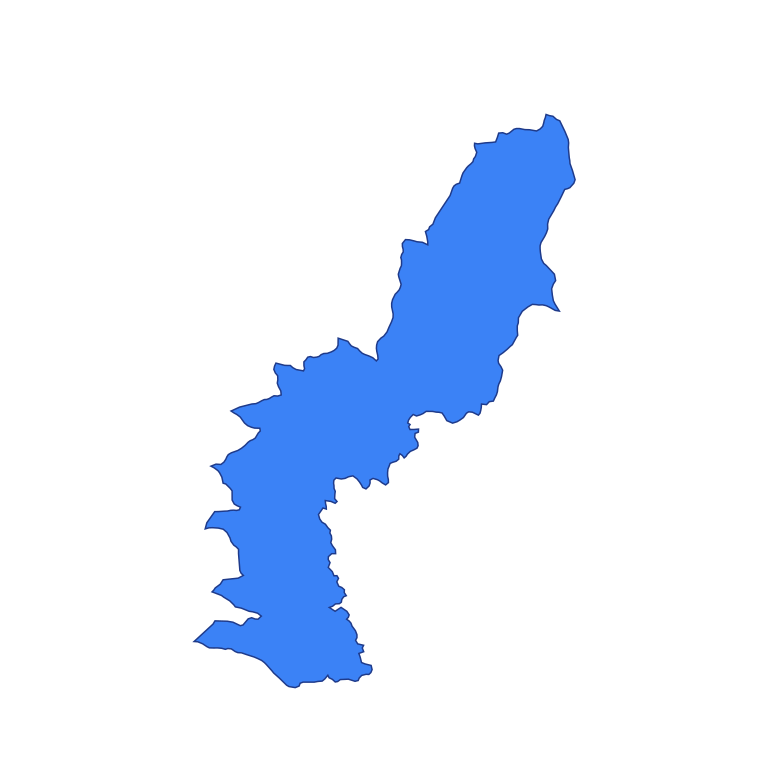 outline of Santo Afonso, Mato Grosso, Brazil, rotated 296°
{"feature_id": "56859067B75409750219852", "entity_name": "Santo Afonso", "entity_type": "district", "adm_level": 2, "iso_a3": "BRA", "parent_name": "Brazil", "parent_adm1": "Mato Grosso", "projection": "natural_earth1", "projection_center": [-57.378, -14.443], "detail": "fine", "context": "isolated", "style": "filled", "palette": "blue", "viewbox_px": 768, "rotation_deg": 296, "n_neighbors": 0, "source": "geoboundaries", "source_scale": "gbopen_adm2", "svg_char_len": 6130}
<svg xmlns="http://www.w3.org/2000/svg" viewBox="0 0 768 768"><g transform="rotate(296 384 384)"><path d="M659.8,377.1L655.3,377.8L650.5,378.2L648.5,375.2L645.0,369.1L640.9,363.0L640.1,359.9L637.7,360.9L635.5,362.7L632.9,365.8L628.6,366.4L625.6,365.9L622.9,366.5L619.8,365.5L616.9,364.2L614.6,363.5L608.5,362.5L605.6,362.7L597.7,363.9L595.2,361.4L592.7,360.1L590.0,359.9L582.4,360.8L556.0,357.3L549.1,357.9L545.3,356.1L542.4,356.4L539.2,354.4L535.5,357.7L530.8,361.1L528.3,362.3L528.2,356.4L526.3,351.3L525.8,348.4L524.8,343.8L523.2,340.0L518.3,338.9L515.6,340.3L513.4,342.2L511.1,343.4L508.2,343.1L505.0,343.7L503.1,345.4L500.1,346.9L497.9,347.8L495.0,347.8L489.0,348.7L486.9,350.2L481.1,355.7L478.1,356.3L475.3,356.4L472.2,355.6L469.6,354.7L463.6,354.7L459.9,355.5L456.7,357.1L451.0,361.5L447.7,363.0L443.2,363.5L437.2,363.6L432.1,363.9L426.9,362.8L423.9,361.1L419.3,359.7L415.8,360.3L412.8,361.5L410.2,363.2L407.0,365.8L403.9,367.7L401.4,367.0L402.7,362.4L402.6,358.1L402.1,353.7L402.1,350.9L403.0,347.8L404.3,344.7L403.9,341.0L403.9,337.9L405.0,335.5L406.5,332.8L405.1,322.7L398.7,325.7L395.5,325.8L392.4,324.5L389.8,322.6L386.7,319.6L385.0,316.5L382.8,314.6L380.4,313.6L378.7,311.8L376.9,309.0L376.4,305.8L374.7,303.7L371.5,303.2L368.8,302.3L365.2,304.1L363.0,305.9L360.5,305.9L358.5,298.7L358.7,294.9L359.6,291.7L358.3,289.0L357.2,286.5L355.4,277.7L352.0,277.8L348.8,278.6L346.3,281.5L344.8,284.8L341.3,286.7L338.0,287.7L335.4,290.3L332.5,294.3L329.1,296.4L326.6,293.8L325.2,290.3L323.0,288.7L320.6,287.2L318.8,285.5L317.5,283.2L315.3,281.4L312.4,279.4L310.2,277.5L308.1,274.0L300.0,264.4L292.7,258.4L292.2,262.1L292.1,265.0L291.3,269.2L287.8,275.7L286.8,279.7L287.0,283.7L287.6,286.9L289.8,291.8L287.5,293.4L284.9,292.5L279.0,292.0L276.6,290.6L274.4,288.6L272.1,287.4L267.8,286.0L263.8,284.1L260.2,281.8L255.2,276.9L252.3,275.0L249.7,274.7L247.1,274.8L243.7,274.4L240.2,272.7L238.3,268.1L234.3,264.5L234.2,268.1L233.3,272.8L232.1,275.2L229.2,279.1L224.3,282.9L224.8,285.6L222.8,291.5L221.4,294.3L213.1,298.4L210.5,302.0L210.2,305.4L210.4,309.0L207.5,309.1L205.7,306.9L204.7,304.2L203.2,301.5L201.2,299.0L199.8,296.4L196.7,291.0L195.1,287.8L181.6,285.6L175.4,286.8L178.0,289.7L179.7,292.9L181.9,298.3L183.0,303.2L181.7,308.0L178.2,313.0L175.5,315.5L173.3,319.6L172.8,322.6L171.7,325.7L167.8,327.6L153.2,336.2L151.3,338.5L150.3,341.5L145.6,338.1L137.5,325.2L132.3,324.6L126.7,321.7L124.3,321.4L121.8,320.6L122.7,330.6L122.1,333.7L121.5,340.4L119.7,345.8L118.5,348.1L120.0,354.0L120.6,362.5L121.7,365.9L122.6,370.9L121.6,375.5L117.4,373.9L116.3,371.3L115.9,367.5L113.4,364.9L105.6,362.9L103.8,360.8L103.7,352.7L102.1,347.2L97.0,335.9L93.3,335.6L69.3,326.2L70.7,329.7L71.0,334.9L70.3,340.0L70.3,342.7L72.1,346.7L73.7,349.8L75.3,353.9L76.0,357.7L77.8,359.6L79.0,362.9L78.3,367.5L78.5,370.4L79.9,373.7L80.5,378.7L81.7,387.0L81.9,391.1L81.9,395.2L81.2,398.6L80.3,401.2L77.1,409.0L75.9,411.5L73.8,418.9L70.6,428.5L70.4,431.2L72.2,437.3L75.3,440.1L78.3,439.8L80.6,442.0L85.4,451.9L87.7,455.0L89.9,458.7L93.0,460.1L97.6,461.2L95.9,463.4L95.9,467.1L94.8,470.8L96.3,472.8L99.2,474.3L103.1,481.4L104.1,488.3L106.2,490.8L108.8,490.6L112.3,491.7L115.2,495.1L116.3,497.7L118.9,498.7L122.1,498.5L125.4,495.8L124.1,489.7L123.8,485.9L128.3,482.1L130.8,479.5L134.5,483.1L137.2,480.2L140.2,480.2L138.9,474.3L141.2,470.8L144.1,470.9L146.8,469.6L149.7,466.5L151.1,463.9L152.3,461.5L154.6,459.1L155.7,456.6L156.2,453.5L158.7,454.2L161.2,453.9L163.4,450.3L164.4,443.3L158.3,439.7L158.7,436.4L159.2,432.8L161.7,435.2L165.1,436.8L167.0,440.2L169.2,441.3L171.9,440.5L175.1,441.0L177.2,442.9L179.1,439.7L181.7,438.6L182.6,435.2L182.4,432.0L185.5,428.3L189.4,428.3L191.1,425.7L189.7,423.1L192.7,419.8L194.7,414.3L199.8,413.8L201.8,410.8L204.5,409.7L208.6,411.4L210.3,414.9L213.7,413.0L216.0,408.6L218.1,405.7L221.6,405.0L224.4,403.3L226.3,400.7L229.1,399.9L230.3,396.4L232.3,392.8L232.6,388.8L234.5,385.4L238.0,382.3L242.3,383.0L245.8,383.5L246.3,387.0L248.7,385.7L250.9,383.9L253.5,382.3L255.2,387.8L255.4,392.4L257.8,393.3L259.3,389.9L263.3,388.2L266.2,387.2L268.2,384.9L270.7,383.6L272.7,382.2L275.5,381.1L278.5,382.1L279.9,387.2L282.1,390.4L285.1,392.8L287.8,396.3L286.9,401.3L285.2,404.9L283.4,407.9L281.7,410.2L281.8,413.8L285.8,415.3L288.9,414.9L291.6,413.5L294.3,415.5L295.1,419.9L295.0,422.6L294.3,425.8L294.0,429.7L297.3,431.2L300.0,429.8L302.7,427.7L305.8,426.1L309.3,424.8L312.5,424.6L315.3,424.3L317.4,426.1L319.9,428.8L322.9,430.2L325.9,428.8L328.3,428.9L327.8,431.8L326.4,434.5L328.7,435.5L331.3,435.8L335.0,437.2L337.8,439.6L340.8,441.8L343.5,441.7L346.2,440.0L349.6,434.9L353.2,433.6L355.8,436.0L358.6,434.8L356.4,431.1L354.5,427.3L356.5,424.9L359.0,425.2L359.4,422.4L362.4,421.9L365.5,422.3L369.4,423.6L369.5,427.2L372.1,430.0L374.5,432.0L377.9,433.9L380.7,439.8L381.6,443.2L382.7,445.8L383.4,448.9L381.6,452.1L378.6,456.5L378.9,462.8L382.1,466.2L385.0,468.1L388.7,470.1L393.9,470.9L396.1,472.3L397.4,475.8L397.4,482.5L399.8,483.1L402.8,482.5L405.6,481.7L408.7,480.4L410.4,485.2L414.3,486.4L416.6,489.8L419.8,489.7L423.5,489.8L426.8,489.3L431.4,487.7L434.3,487.2L437.8,487.2L442.1,486.4L448.4,484.6L450.8,481.6L452.9,477.9L455.2,476.2L460.0,474.9L464.5,477.4L469.2,479.5L473.0,480.9L475.6,482.1L484.0,482.5L486.4,482.8L490.4,480.4L494.7,478.3L497.8,477.9L502.5,475.8L510.0,476.4L516.3,479.5L520.6,482.4L522.0,485.8L522.9,488.6L524.6,491.7L525.5,495.4L525.6,498.2L525.2,505.6L526.4,509.6L530.9,502.5L533.1,499.7L537.6,496.4L543.1,492.9L548.0,492.4L552.2,492.9L557.4,489.0L561.7,477.7L562.4,474.7L565.4,470.6L571.3,466.6L574.0,465.0L576.7,463.7L580.0,463.1L587.0,463.7L591.1,463.7L595.1,463.2L599.5,460.9L604.4,459.8L614.2,460.6L618.3,460.6L622.3,461.1L630.6,461.2L638.1,461.1L640.1,463.4L642.0,465.0L647.6,466.6L651.4,466.2L658.3,460.0L663.7,454.5L666.3,453.0L668.6,451.3L673.9,448.1L677.4,446.0L681.6,444.3L684.6,442.3L690.2,436.0L697.6,426.6L697.4,423.1L698.7,418.5L697.7,414.9L697.3,411.5L694.3,412.2L691.1,412.5L688.7,413.1L685.2,413.7L681.6,412.5L678.3,410.2L676.3,403.3L674.4,399.1L673.0,393.8L671.7,391.1L669.9,389.1L664.5,386.6L662.3,384.7L661.9,380.6L659.8,377.1Z" fill="#3b82f6" stroke="#1e3a8a" stroke-width="1.5"/></g></svg>